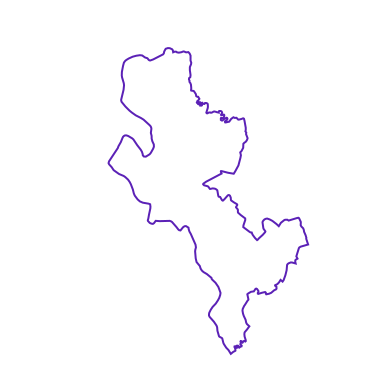 Vinh Loc, Thanh Hóa, Vietnam, rotated 32°
{"feature_id": "81297802B11071874803157", "entity_name": "Vinh Loc", "entity_type": "district", "adm_level": 2, "iso_a3": "VNM", "parent_name": "Vietnam", "parent_adm1": "Thanh Hóa", "projection": "natural_earth1", "projection_center": [105.68, 20.04], "detail": "fine", "context": "isolated", "style": "outline", "palette": "violet", "viewbox_px": 384, "rotation_deg": 32, "n_neighbors": 0, "source": "geoboundaries", "source_scale": "gbopen_adm2", "svg_char_len": 6095}
<svg xmlns="http://www.w3.org/2000/svg" viewBox="0 0 384 384"><g transform="rotate(32 192 192)"><path d="M79.8,141.6L83.0,151.2L83.6,152.1L84.6,152.9L90.2,154.8L95.8,156.1L98.8,156.5L103.7,156.8L109.4,156.3L112.6,156.3L120.7,157.8L122.3,158.3L123.7,159.4L124.3,160.4L125.8,163.7L128.0,165.8L129.5,168.1L131.5,170.0L134.4,171.9L135.7,173.8L136.1,175.8L136.3,179.7L136.3,181.2L136.0,182.7L134.1,186.5L132.4,187.4L130.9,187.0L130.1,186.0L128.2,184.4L126.1,183.3L120.7,181.3L114.5,178.5L112.9,178.2L108.3,178.3L106.5,178.7L105.2,179.5L104.6,180.5L104.3,181.6L104.4,182.9L105.2,187.4L105.4,192.3L105.8,194.0L105.4,209.8L105.7,211.1L106.1,211.9L107.2,212.5L110.7,213.5L114.0,215.0L120.6,215.4L125.6,214.6L127.5,214.7L131.2,215.4L133.8,216.5L136.0,217.8L140.5,221.2L143.5,224.1L145.4,225.4L149.8,227.1L152.8,227.6L156.0,227.1L161.4,224.9L163.0,224.6L164.5,226.4L165.4,228.1L167.5,233.9L169.0,237.6L169.5,239.4L170.0,239.9L172.5,240.6L174.1,240.4L175.3,240.0L175.9,239.5L176.3,238.4L176.5,235.7L180.1,233.8L188.4,228.3L189.7,228.0L190.9,228.0L197.5,230.0L200.1,231.0L201.3,231.2L202.6,230.7L203.1,226.6L203.7,225.2L204.2,224.6L205.1,224.1L207.9,224.1L209.0,225.4L210.8,226.9L213.2,228.2L222.9,234.8L224.7,236.9L225.4,239.2L226.1,240.7L230.3,246.3L233.0,249.0L237.8,250.6L239.9,252.4L242.0,253.4L244.2,253.8L248.1,253.7L254.0,254.5L254.8,255.3L255.6,255.6L260.0,256.5L264.6,258.5L267.6,260.8L269.6,262.4L269.9,263.0L270.5,264.4L271.2,267.3L271.4,270.1L271.3,274.1L270.4,278.5L270.3,281.8L270.6,285.1L271.1,286.5L271.9,287.8L273.2,288.6L279.3,290.4L283.6,292.3L285.0,293.4L287.1,296.2L291.2,299.9L291.9,300.2L294.7,300.0L295.3,300.2L298.6,303.4L299.7,304.1L303.5,305.9L306.7,306.7L310.7,308.7L311.7,305.7L312.9,303.7L312.7,303.1L311.4,301.8L311.5,301.4L312.7,300.3L312.7,300.0L312.5,299.8L311.8,299.9L310.5,300.9L310.1,300.9L309.9,300.4L310.9,299.6L311.5,298.5L312.4,298.0L313.2,298.0L314.1,298.9L314.5,299.0L315.2,297.3L315.8,296.7L315.6,296.0L313.6,295.4L313.5,294.0L312.4,293.2L312.3,292.6L313.0,292.3L314.3,293.1L314.6,293.1L314.8,292.7L314.6,291.7L314.9,291.0L315.4,290.5L316.4,290.6L316.6,289.9L316.0,289.1L313.2,286.7L311.8,284.9L311.2,283.7L311.0,282.9L311.5,279.6L311.8,275.5L308.6,274.9L307.2,274.1L305.2,272.0L301.5,269.6L299.7,268.1L297.7,265.9L297.0,264.3L296.6,261.1L296.7,259.6L296.7,254.9L296.9,253.5L296.7,253.1L293.1,249.4L293.4,248.3L294.9,245.4L297.1,243.5L297.2,240.5L297.6,239.9L298.6,239.8L300.7,240.7L301.1,241.2L301.3,242.8L301.7,243.3L302.2,243.3L304.6,240.5L307.0,238.1L307.9,238.2L308.6,239.2L309.2,239.4L311.2,237.5L312.6,235.5L313.8,231.7L314.8,230.2L314.9,229.2L313.8,227.6L312.1,227.4L311.9,227.0L313.2,224.9L313.7,222.5L313.7,219.6L316.3,220.0L316.4,218.2L315.3,213.1L313.7,208.2L311.3,203.5L311.3,202.4L311.7,201.3L313.0,199.5L314.1,198.8L317.8,197.7L316.5,196.4L315.9,195.4L315.8,194.6L316.8,192.6L314.6,191.3L312.4,183.0L312.4,182.2L313.1,180.8L318.3,175.0L313.6,171.1L313.3,170.3L311.3,168.5L308.1,166.3L307.0,165.0L305.6,163.9L303.0,163.3L301.8,162.6L300.2,159.8L299.5,159.3L296.7,157.5L295.8,157.5L294.6,158.7L289.1,165.0L287.5,165.0L285.7,166.2L285.2,166.8L283.7,171.0L283.7,175.0L280.6,174.4L275.5,173.9L272.4,174.1L269.8,174.7L268.9,175.5L268.0,176.8L267.7,178.1L267.6,179.5L267.9,180.4L271.6,184.8L272.2,185.3L275.1,186.5L275.3,187.3L274.7,190.8L273.3,195.8L273.0,197.7L272.7,198.3L270.1,197.7L268.2,197.0L265.8,196.0L264.1,194.7L263.0,195.3L262.0,195.3L254.1,194.6L253.3,193.0L252.0,187.5L251.1,186.2L245.4,185.7L242.0,185.1L241.5,184.6L240.5,183.0L240.0,182.5L237.5,181.7L237.3,181.3L237.3,179.2L237.0,178.7L236.5,178.5L233.1,178.6L229.7,178.4L229.2,178.1L227.8,176.2L226.1,175.0L224.9,175.0L224.3,175.6L224.1,176.2L223.3,181.1L222.8,182.9L222.5,183.1L221.7,183.0L218.5,181.3L217.1,181.8L216.3,181.3L212.6,177.2L211.9,177.0L210.3,176.9L209.0,177.3L207.6,178.0L205.9,179.7L205.5,179.9L203.1,178.9L202.3,178.8L198.7,179.9L197.4,179.6L197.2,179.0L198.5,175.8L207.3,160.7L205.7,159.5L205.5,159.0L206.0,158.6L212.3,156.6L217.7,154.4L217.7,151.5L217.3,144.9L215.0,137.5L214.0,134.9L211.9,132.8L212.3,131.1L212.0,127.4L210.0,123.9L210.3,122.4L210.9,121.2L211.1,119.3L210.8,117.3L210.5,116.8L207.2,114.3L206.5,112.8L205.2,112.3L204.7,110.9L203.5,109.0L198.8,103.8L197.2,102.3L196.3,102.4L195.3,103.8L193.4,105.8L192.8,106.1L190.4,105.5L189.0,106.5L187.5,106.7L186.5,109.2L186.3,112.6L183.7,115.2L183.2,115.4L182.6,114.8L182.7,114.1L183.5,111.9L183.1,110.9L182.5,110.6L182.0,110.7L180.9,112.3L179.9,115.3L179.4,115.6L178.3,115.6L177.5,114.4L177.4,113.7L179.1,113.0L179.3,111.6L179.1,110.4L178.5,109.6L177.9,109.5L176.7,111.0L176.1,111.3L175.7,111.2L175.6,109.1L175.3,108.5L174.3,108.0L173.5,108.1L172.4,108.7L172.1,109.0L172.1,109.9L172.6,110.5L170.6,111.2L169.9,111.3L168.2,111.9L167.7,112.4L166.7,114.2L166.0,114.8L165.2,114.9L164.7,115.3L164.0,115.9L163.5,117.0L163.1,117.3L162.7,117.4L162.1,117.1L160.8,112.3L160.2,111.1L158.8,109.1L158.1,108.8L156.9,109.0L155.9,109.6L155.9,110.7L155.1,111.2L154.5,111.3L153.5,110.8L153.3,110.9L152.8,112.0L152.8,112.7L153.2,112.9L154.2,112.7L154.5,113.2L154.3,113.7L153.6,114.1L153.1,114.4L152.2,113.4L151.2,114.1L150.6,114.2L150.2,113.8L150.2,113.3L151.1,112.5L152.0,112.7L152.4,112.3L152.3,111.9L151.1,111.6L149.9,112.8L149.5,113.8L149.1,113.8L148.6,113.5L148.5,113.1L149.0,112.1L149.0,111.8L148.5,111.6L148.8,110.9L148.9,109.1L146.8,108.0L146.2,108.4L144.9,108.5L143.3,106.9L140.3,105.5L139.7,105.5L137.6,106.4L137.2,106.1L136.4,104.4L134.3,101.6L132.9,100.5L131.9,100.2L131.3,99.7L131.0,99.0L129.8,98.2L129.2,97.0L129.7,95.6L129.5,95.1L128.8,93.6L125.6,89.8L124.0,87.2L123.5,84.2L122.9,82.8L121.1,81.3L118.5,77.1L116.6,75.8L114.8,75.3L113.0,76.7L110.7,77.1L110.1,77.5L108.9,79.1L107.0,80.8L105.3,81.5L104.4,81.4L103.8,81.6L103.0,82.1L102.0,83.5L100.7,82.0L99.5,81.5L97.0,81.8L95.3,82.7L93.8,84.5L93.9,86.7L94.1,88.0L94.6,89.2L94.6,90.5L88.8,100.2L86.9,102.6L86.2,102.9L85.3,102.9L83.3,102.2L80.9,102.8L77.4,102.6L75.3,103.6L72.5,106.0L70.0,108.7L67.6,112.3L66.4,114.7L65.9,116.1L65.7,118.3L66.7,121.6L68.9,127.3L70.7,130.4L72.0,131.9L76.5,135.9L77.8,137.5L79.8,141.6Z" fill="none" stroke="#5b21b6" stroke-width="2"/></g></svg>